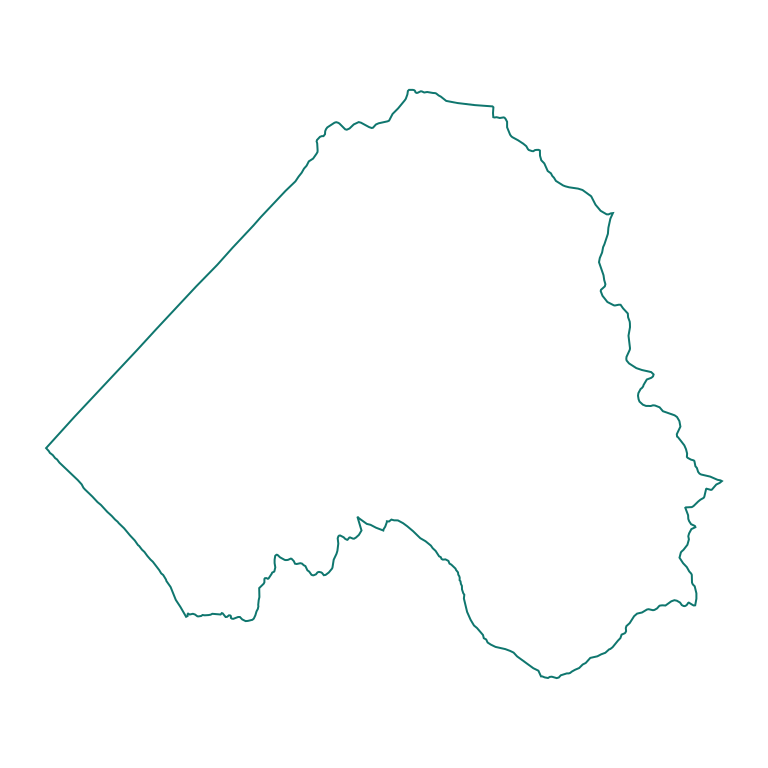 Chepen, La Libertad, Peru (Mercator projection)
{"feature_id": "86281439B86274987783552", "entity_name": "Chepen", "entity_type": "district", "adm_level": 2, "iso_a3": "PER", "parent_name": "Peru", "parent_adm1": "La Libertad", "projection": "mercator", "projection_center": [-79.436, -7.136], "detail": "fine", "context": "isolated", "style": "outline", "palette": "teal", "viewbox_px": 768, "rotation_deg": 0, "n_neighbors": 0, "source": "geoboundaries", "source_scale": "gbopen_adm2", "svg_char_len": 6094}
<svg xmlns="http://www.w3.org/2000/svg" viewBox="0 0 768 768"><path d="M612.9,213.1L610.8,213.4L608.4,214.4L606.6,214.3L600.6,210.8L595.5,204.7L591.2,196.3L582.5,190.0L578.0,188.6L569.1,187.3L565.3,186.3L563.0,185.4L555.9,180.9L553.9,177.6L552.4,176.1L550.9,173.3L547.7,171.0L544.3,163.4L541.3,160.3L540.0,155.7L539.9,150.5L538.7,149.9L536.6,149.9L535.0,150.1L533.3,151.2L532.0,151.1L528.8,150.0L527.9,149.1L526.3,146.2L523.4,143.8L518.1,140.3L512.4,137.2L511.3,136.3L510.1,134.7L507.1,127.3L507.1,121.8L505.5,118.8L504.5,117.7L503.6,117.4L499.8,118.0L496.6,117.2L494.5,117.5L493.3,117.2L493.0,113.1L493.4,107.3L492.5,106.4L474.8,105.1L457.2,103.0L446.2,100.9L440.8,96.6L438.7,95.5L436.2,93.5L435.1,93.1L433.1,93.0L427.2,92.0L424.2,92.5L421.8,91.4L420.7,91.3L417.6,92.8L416.5,92.9L415.5,92.3L415.1,91.1L414.4,90.3L413.0,89.9L409.0,89.9L407.9,91.0L407.4,94.4L405.8,98.8L404.7,100.4L398.1,108.4L392.6,113.9L389.1,120.6L387.7,121.3L378.6,123.3L375.9,124.5L373.0,127.7L371.7,128.0L369.1,127.1L361.0,122.7L358.7,122.1L353.8,124.4L349.5,128.5L346.8,129.7L345.2,129.3L339.4,123.5L338.0,122.7L336.2,122.2L334.5,122.7L327.3,127.4L326.0,129.2L325.2,131.2L325.0,134.2L323.5,136.1L321.9,136.1L320.0,136.8L317.0,140.0L316.6,141.4L317.2,143.4L317.6,150.3L317.5,152.0L316.6,153.6L313.1,158.6L308.8,161.4L306.6,165.7L304.0,168.6L301.7,172.7L298.6,176.6L295.4,181.4L285.3,191.1L260.7,217.2L253.6,225.3L232.5,247.8L217.4,264.7L196.1,286.5L156.1,329.3L137.3,349.8L74.1,417.2L46.1,448.1L48.9,451.2L49.8,452.8L52.8,455.1L55.2,458.2L57.0,459.4L59.4,462.6L77.8,480.1L81.7,484.4L83.4,487.7L84.9,489.4L92.4,496.6L97.5,502.1L101.0,505.0L107.2,511.8L111.8,516.0L115.1,519.6L117.7,521.8L118.7,523.1L124.1,528.3L130.0,535.4L134.8,540.5L138.0,545.1L139.1,545.9L142.0,549.7L144.4,551.9L147.3,555.9L150.5,559.6L152.8,561.7L159.3,570.2L161.2,573.4L163.2,575.0L166.0,579.6L166.4,581.0L170.6,587.0L175.8,599.9L180.4,606.9L186.1,616.8L187.6,616.0L187.6,614.2L188.1,613.6L189.7,614.5L192.9,613.8L195.0,614.5L197.4,616.3L198.4,616.4L201.1,616.0L202.6,615.0L204.5,615.3L208.3,615.1L210.6,614.7L212.3,613.8L220.6,614.5L221.8,613.1L222.7,613.4L225.6,617.0L227.0,616.9L229.0,615.3L230.3,615.5L230.9,616.2L230.9,617.9L232.0,618.7L233.4,618.8L238.1,617.0L239.9,617.0L242.2,619.4L245.6,621.1L247.9,620.9L252.4,619.8L253.8,618.6L255.4,615.2L256.5,611.4L257.8,609.0L258.4,606.3L258.2,605.0L258.7,600.2L259.4,597.1L259.2,588.1L263.7,583.7L264.4,582.3L264.4,579.0L265.0,578.2L266.4,578.1L267.9,578.8L268.6,578.4L271.6,573.9L272.2,572.6L274.2,571.6L274.4,571.2L275.3,567.4L274.6,563.1L274.6,559.7L275.2,555.9L276.0,555.1L276.8,554.7L277.6,555.0L280.0,557.3L284.7,559.9L285.9,560.1L287.9,559.9L290.8,558.6L291.6,558.8L293.8,561.1L295.0,563.7L296.7,564.0L300.3,563.2L302.0,563.6L303.7,565.2L305.4,566.1L307.4,570.3L309.2,571.6L311.5,574.8L312.5,575.2L313.6,575.3L316.0,574.3L317.5,572.4L319.0,571.9L321.2,572.4L322.1,573.0L323.8,575.2L325.6,574.9L328.8,572.5L332.1,568.5L332.5,567.4L333.7,559.7L336.5,553.8L337.4,550.8L338.3,543.6L337.7,538.3L338.4,536.3L339.2,535.6L340.2,535.5L343.7,537.3L345.1,538.8L346.8,539.7L347.5,539.8L349.3,537.6L350.0,537.4L352.9,538.6L354.0,538.7L355.9,537.6L358.9,534.9L361.5,530.5L357.4,516.7L358.9,518.2L366.8,523.9L370.5,524.8L376.0,527.7L383.3,530.5L383.6,529.2L385.2,526.7L386.9,522.0L386.9,521.3L389.0,521.5L391.4,519.6L394.0,520.3L397.9,520.4L403.1,523.2L407.3,526.3L413.1,531.2L420.3,538.2L425.5,541.2L430.9,545.6L432.7,548.2L435.6,550.9L439.1,556.3L440.7,557.1L441.6,559.0L442.8,559.6L445.5,559.4L448.4,560.9L449.5,563.6L451.3,564.6L455.5,568.6L456.0,569.9L458.0,572.4L458.3,574.7L459.3,576.3L459.7,577.8L459.6,580.2L460.5,581.3L460.9,583.9L461.9,585.9L462.0,589.4L463.3,593.3L464.3,594.7L463.9,598.5L467.1,611.9L470.6,619.8L474.0,625.5L477.0,628.0L483.0,635.0L483.8,638.2L486.2,639.5L487.6,642.5L490.8,644.6L495.5,646.9L505.3,649.1L510.1,650.9L513.6,652.6L517.1,656.4L533.3,668.2L538.4,670.7L541.0,676.4L542.3,676.4L544.7,677.4L548.0,678.0L549.8,676.9L551.8,676.7L556.7,678.1L558.8,677.5L560.8,675.3L566.8,673.4L568.8,673.4L570.2,672.9L571.8,671.6L575.0,669.8L579.2,668.0L582.7,664.5L585.7,663.0L590.3,657.9L597.4,656.3L601.2,654.3L605.3,652.8L609.2,649.3L610.3,649.0L612.6,647.2L617.9,640.7L620.4,638.1L621.6,634.6L624.7,633.3L625.4,632.6L626.1,631.1L625.8,628.1L626.4,626.1L629.7,623.1L634.1,616.2L637.1,613.6L642.0,612.5L647.0,609.5L648.6,609.2L653.0,610.2L654.5,609.9L657.1,608.4L659.1,606.1L659.9,605.6L662.3,605.3L665.5,605.5L671.3,601.3L674.4,600.2L676.8,600.7L680.1,602.6L681.8,605.1L683.6,606.0L684.7,606.1L685.6,605.8L686.9,604.8L688.2,602.9L688.8,602.6L692.9,605.1L693.9,605.5L695.2,605.3L696.4,598.7L696.4,593.3L694.7,586.3L692.8,584.4L692.0,582.6L691.8,574.9L691.2,573.6L689.2,571.4L686.8,567.1L683.1,563.2L679.5,557.7L680.8,552.7L681.3,551.8L683.5,549.8L687.4,544.8L688.9,539.4L688.3,536.2L689.1,533.4L691.4,529.1L695.4,527.2L695.1,526.2L694.2,525.6L691.1,524.2L689.1,521.1L688.3,518.9L688.1,515.2L685.3,507.8L685.8,507.4L691.8,507.1L693.5,506.1L698.1,501.6L700.4,499.7L703.6,497.9L704.3,496.8L706.1,489.0L706.5,488.7L711.0,489.9L711.9,489.6L716.3,484.5L719.7,482.9L721.9,481.1L720.6,480.4L717.5,479.8L710.2,476.6L701.1,474.5L699.5,473.6L698.1,471.8L696.9,468.0L695.4,466.2L694.4,461.1L693.7,460.4L690.9,459.6L687.6,457.8L686.9,456.9L687.1,453.5L686.0,449.2L684.3,445.3L678.0,437.2L677.1,436.6L676.8,434.2L680.4,426.6L679.4,421.1L677.0,417.0L674.6,415.3L662.9,411.2L659.6,407.3L655.0,405.5L653.0,405.3L650.8,406.0L645.9,405.9L642.9,404.7L639.5,401.6L638.6,399.3L638.0,395.7L638.4,393.1L640.6,389.0L641.9,388.0L643.1,386.5L643.6,384.9L646.8,379.5L651.1,377.9L652.4,377.0L653.1,376.2L653.6,374.4L651.2,372.1L641.9,370.0L636.3,368.1L629.0,363.4L626.6,360.5L626.3,359.0L626.5,356.9L629.8,349.7L630.0,348.2L628.5,335.7L630.0,327.2L629.9,323.4L629.7,321.6L628.1,317.3L627.8,313.5L623.1,308.4L620.6,304.8L618.9,304.7L614.9,305.5L613.8,305.3L607.4,302.0L602.5,295.8L600.7,291.1L601.0,289.8L604.8,286.4L605.4,284.2L604.2,280.0L603.5,275.2L599.0,262.2L599.8,258.0L602.1,252.5L603.1,247.2L604.4,244.3L607.9,233.8L608.4,227.7L610.4,218.6L612.9,213.1Z" fill="none" stroke="#0f766e" stroke-width="2"/></svg>